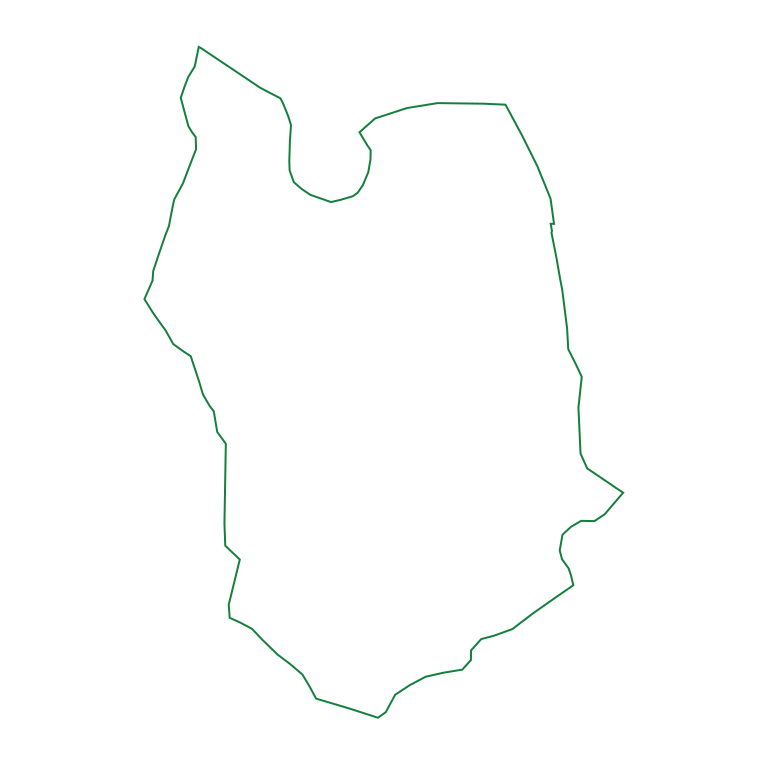 Balkanabat, Balkan, Turkmenistan, rotated 271°
{"feature_id": "10190150B87050240782827", "entity_name": "Balkanabat", "entity_type": "district", "adm_level": 2, "iso_a3": "TKM", "parent_name": "Turkmenistan", "parent_adm1": "Balkan", "projection": "robinson", "projection_center": [54.258, 39.343], "detail": "fine", "context": "isolated", "style": "outline", "palette": "green", "viewbox_px": 768, "rotation_deg": 271, "n_neighbors": 0, "source": "geoboundaries", "source_scale": "gbopen_adm2", "svg_char_len": 1894}
<svg xmlns="http://www.w3.org/2000/svg" viewBox="0 0 768 768"><g transform="rotate(271 384 384)"><path d="M147.5,233.8L142.9,244.5L136.8,256.4L126.0,267.0L111.7,282.2L102.6,294.7L92.2,307.4L80.4,314.8L68.2,321.6L59.4,353.4L55.1,367.7L50.2,383.7L55.9,391.5L73.5,400.6L83.2,414.8L92.0,430.6L96.3,448.2L99.8,467.3L109.5,475.7L119.2,475.7L130.7,485.7L134.2,498.2L141.2,516.6L157.1,536.7L172.9,558.4L186.1,576.8L195.9,574.3L202.9,571.8L211.8,565.1L220.6,562.6L236.5,565.1L244.5,573.5L250.6,583.5L250.6,596.9L257.7,607.0L279.5,625.0L284.1,617.8L291.2,607.0L297.6,597.2L303.1,588.7L311.9,584.5L318.0,581.7L332.5,580.8L364.1,578.8L370.1,579.4L394.7,581.6L409.4,574.3L420.7,568.3L422.1,567.6L442.8,566.1L481.0,560.6L495.0,557.7L511.8,554.5L538.3,548.8L539.6,549.3L547.1,547.9L547.1,551.2L572.2,547.3L604.5,533.5L634.9,517.7L665.4,500.6L666.0,478.5L665.8,432.8L660.4,402.4L649.4,370.5L635.3,355.1L622.3,363.2L617.5,366.6L611.2,366.6L608.4,366.6L595.5,364.6L582.3,359.3L574.7,354.3L571.2,349.6L567.4,337.5L565.0,327.9L566.5,323.2L567.2,321.2L569.9,313.0L570.8,310.2L571.8,307.2L575.6,301.3L577.6,298.2L580.5,294.7L584.2,290.3L586.9,289.3L595.9,285.9L597.9,285.8L605.5,285.4L610.4,285.5L626.2,285.7L635.0,286.2L641.2,286.5L649.5,283.8L662.1,278.5L667.8,275.5L673.3,264.4L677.2,256.7L678.4,254.4L684.7,244.7L700.9,219.6L716.6,195.2L717.8,192.9L698.2,189.2L687.3,182.8L677.0,179.1L666.5,175.8L638.4,183.9L632.5,187.6L627.7,191.4L615.5,192.0L607.9,189.2L592.0,183.4L580.9,179.4L565.2,171.2L560.9,170.2L542.9,167.0L538.4,166.3L529.3,162.9L509.9,156.6L493.0,151.3L484.1,150.8L483.7,150.9L464.7,143.0L450.8,152.0L439.7,160.2L433.9,164.6L420.2,172.6L412.9,183.2L408.4,190.3L382.3,199.4L370.3,203.2L359.1,210.0L353.7,214.3L349.3,215.1L333.1,218.1L321.5,226.9L308.0,226.9L284.6,226.9L262.6,226.9L241.9,226.9L219.5,228.1L206.0,242.9L160.6,232.6L147.5,233.8Z" fill="none" stroke="#15803d" stroke-width="2"/></g></svg>